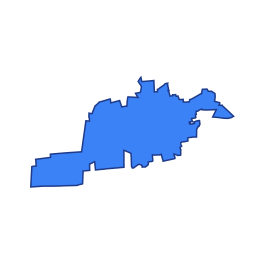 Baca, Yucatán, Mexico (Robinson projection), rotated 260°
{"feature_id": "50627088B9866557271216", "entity_name": "Baca", "entity_type": "district", "adm_level": 2, "iso_a3": "MEX", "parent_name": "Mexico", "parent_adm1": "Yucatán", "projection": "robinson", "projection_center": [-89.395, 21.134], "detail": "fine", "context": "isolated", "style": "filled", "palette": "blue", "viewbox_px": 256, "rotation_deg": 260, "n_neighbors": 0, "source": "geoboundaries", "source_scale": "gbopen_adm2", "svg_char_len": 5211}
<svg xmlns="http://www.w3.org/2000/svg" viewBox="0 0 256 256"><g transform="rotate(260 128 128)"><path d="M175.7,149.5L175.4,149.1L172.1,146.1L170.2,146.9L168.6,147.6L166.6,148.4L165.7,148.2L164.9,147.9L162.7,147.1L160.9,146.3L160.9,145.7L160.9,143.9L160.9,141.4L159.9,141.7L159.7,141.8L159.3,142.0L158.8,142.2L158.4,142.3L158.1,142.4L157.6,142.6L157.2,142.7L156.4,143.1L156.5,142.7L156.7,141.7L156.9,140.8L157.3,139.1L157.5,138.2L157.7,137.2L158.2,135.3L158.6,133.3L158.3,133.2L157.9,133.0L157.6,132.9L157.1,132.7L156.0,132.4L155.1,132.1L154.9,132.0L154.0,131.7L153.9,131.7L153.5,131.6L152.2,131.3L151.1,131.0L150.2,130.7L149.7,130.6L149.9,129.6L149.9,127.6L149.9,126.8L149.8,125.5L156.5,124.5L156.0,118.6L155.8,116.2L155.7,115.5L157.8,115.5L159.6,115.6L159.6,114.4L159.6,114.2L159.4,112.3L159.2,111.1L159.0,109.2L158.5,104.2L158.4,104.2L157.8,103.2L157.2,102.4L156.1,100.7L155.8,100.2L155.8,99.8L155.4,99.4L148.3,95.0L149.4,92.2L145.8,91.4L143.7,91.6L141.5,91.2L142.4,87.8L139.0,86.7L131.9,84.4L123.3,81.6L117.4,79.7L112.6,78.1L112.9,75.5L113.5,69.8L113.9,66.4L114.8,57.1L115.3,51.6L115.7,47.0L112.5,46.6L113.2,31.6L112.0,31.7L111.9,31.6L106.4,30.9L106.5,30.3L106.8,28.7L106.7,26.6L98.9,24.8L86.8,22.0L85.5,34.2L84.1,42.3L82.7,51.1L82.3,54.5L80.3,67.8L80.7,69.9L80.8,73.3L80.9,73.5L81.4,73.7L93.4,76.3L93.4,76.8L93.2,79.4L92.9,82.9L99.2,83.9L99.3,84.7L99.4,85.2L99.6,85.9L99.7,86.5L100.3,87.7L100.4,88.0L100.4,88.8L100.5,89.3L92.3,88.7L92.0,93.4L92.0,93.8L91.9,94.6L91.8,95.4L91.6,97.4L91.6,97.9L91.7,98.0L91.7,98.6L91.6,99.7L91.5,100.5L91.4,101.3L91.4,102.0L91.3,102.9L91.2,103.6L91.1,105.1L90.9,106.7L90.9,107.6L90.7,109.3L90.6,110.3L90.5,111.3L90.5,112.4L90.4,113.0L90.1,116.2L90.0,117.2L90.7,117.3L91.4,117.5L92.1,117.6L92.8,117.7L94.3,117.9L95.5,118.1L96.8,118.4L98.8,118.7L101.4,119.2L103.5,119.5L104.2,119.6L106.8,120.1L105.2,122.6L105.0,122.9L103.9,124.6L103.0,125.8L102.5,126.5L96.9,125.9L96.6,125.8L96.2,125.7L95.2,125.6L92.4,125.2L89.4,124.8L89.3,125.1L88.0,125.2L87.7,126.0L87.7,126.5L88.7,128.6L90.3,131.8L90.1,133.2L88.7,135.4L88.3,135.3L87.1,135.1L86.6,138.4L87.2,139.5L88.0,141.1L88.5,141.4L89.0,141.8L89.6,141.8L89.8,141.8L90.1,141.9L90.3,142.0L90.6,142.1L91.0,142.1L91.0,142.9L91.1,144.2L91.0,144.6L90.9,144.9L90.9,145.2L91.0,146.3L91.1,146.5L91.6,146.8L92.0,146.8L92.4,146.8L92.6,146.8L92.9,146.9L97.2,147.3L97.2,147.6L96.8,149.1L96.7,149.4L96.7,149.8L96.8,150.1L96.5,150.8L96.2,154.0L95.9,154.5L96.3,156.1L90.0,156.8L89.2,156.8L89.2,157.0L89.3,158.1L89.4,160.8L89.5,163.8L89.7,167.9L89.7,168.0L89.8,168.9L90.3,169.0L91.1,169.1L91.9,169.0L92.7,168.7L94.0,168.7L94.2,168.8L94.3,168.8L93.2,170.9L93.1,171.0L92.3,172.2L92.3,173.2L92.1,174.2L92.1,174.5L92.1,175.1L92.9,175.3L93.5,175.5L95.5,175.7L97.3,176.3L97.5,176.2L99.6,175.7L100.1,176.3L100.4,176.7L100.5,177.3L100.5,177.5L101.0,177.7L102.4,177.2L103.1,177.1L104.3,177.4L104.6,178.0L104.9,178.5L104.7,181.7L104.8,184.7L105.6,184.9L107.0,184.9L108.0,185.3L107.7,191.4L107.2,193.9L114.8,195.4L115.0,195.5L116.8,197.0L117.3,197.3L117.3,197.5L117.2,197.8L117.7,198.6L118.1,198.7L118.6,198.9L119.3,199.2L119.3,199.5L122.9,199.7L123.0,199.1L123.0,197.2L123.0,196.1L122.6,195.4L122.5,193.8L121.0,194.1L121.1,193.4L121.0,193.1L121.1,192.6L120.8,192.3L120.9,191.5L121.0,190.8L121.0,190.6L121.1,190.0L121.7,190.1L121.7,189.3L123.2,189.4L123.2,190.3L123.3,191.2L123.2,192.2L123.2,192.6L123.7,192.5L124.9,192.4L125.6,192.2L126.2,192.3L126.3,192.3L126.2,195.8L126.4,196.4L126.5,196.6L129.4,196.7L129.5,197.6L129.8,197.6L130.1,197.6L131.3,197.6L132.7,198.1L132.5,199.3L132.5,199.8L133.4,201.6L133.5,202.3L133.6,202.5L133.8,204.0L133.0,204.2L132.0,208.9L130.8,218.2L124.1,213.3L123.9,214.1L122.8,218.3L121.6,222.1L120.9,224.3L120.2,227.7L120.2,228.2L120.1,228.8L120.1,229.2L120.3,230.1L120.3,231.5L120.4,231.8L120.9,233.1L121.1,234.0L121.5,233.8L121.9,233.5L122.1,233.3L122.6,233.0L123.0,232.7L123.4,232.4L124.6,231.5L125.6,230.8L126.7,230.0L127.3,229.5L128.7,228.5L133.7,224.6L134.0,224.7L134.6,221.5L135.8,222.5L137.0,222.7L137.3,222.1L137.5,221.6L139.2,217.9L141.0,218.5L144.2,219.4L146.9,219.6L149.6,216.7L149.8,216.4L149.7,215.8L149.9,215.6L149.9,215.4L149.8,215.0L150.0,214.6L150.0,214.4L150.2,214.1L150.2,213.5L150.6,213.5L151.5,212.9L152.1,212.8L152.2,212.6L152.5,212.6L152.7,212.0L152.8,211.2L153.0,209.0L153.2,207.9L149.4,206.5L149.1,206.5L149.0,206.3L149.1,205.7L147.7,202.0L145.4,195.5L145.4,194.4L145.2,193.7L143.1,192.9L143.2,192.2L143.3,190.7L143.7,188.0L144.2,186.9L146.6,187.4L147.1,183.5L150.9,182.7L150.8,182.1L150.8,181.3L150.9,180.9L152.6,180.7L152.5,180.1L153.0,177.7L152.8,177.5L152.0,177.5L152.1,174.9L156.4,174.5L157.8,174.9L157.7,174.0L158.9,174.3L159.2,174.4L159.4,174.5L159.6,174.5L160.2,174.7L161.3,174.6L161.9,174.4L162.1,174.5L162.3,174.4L162.6,174.5L163.1,174.6L163.6,174.6L164.0,174.5L164.3,174.6L164.9,174.7L165.2,174.9L165.3,174.1L165.3,173.8L165.1,173.3L165.2,172.5L165.2,172.3L164.6,171.6L164.4,171.4L164.2,171.0L162.8,168.2L162.3,166.9L161.6,165.8L161.1,164.9L160.9,163.6L158.7,163.4L158.9,160.2L161.7,160.6L164.7,161.0L165.0,161.0L165.7,161.1L166.6,161.2L167.1,161.3L168.1,161.4L168.5,161.5L170.3,161.7L170.5,158.5L171.3,149.6L175.5,149.5L175.7,149.5Z" fill="#3b82f6" stroke="#1e3a8a" stroke-width="1.5"/></g></svg>